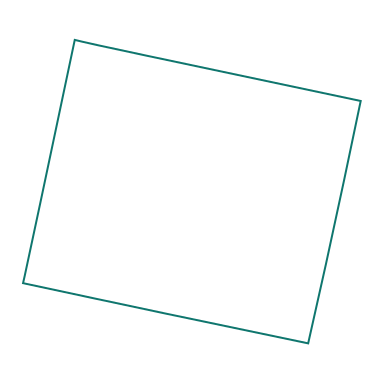 outline of Dodge, Minnesota, United States of America, rotated 102°
{"feature_id": "52423323B23737543876644", "entity_name": "Dodge", "entity_type": "district", "adm_level": 2, "iso_a3": "USA", "parent_name": "United States of America", "parent_adm1": "Minnesota", "projection": "robinson", "projection_center": [-92.863, 44.023], "detail": "fine", "context": "isolated", "style": "outline", "palette": "teal", "viewbox_px": 384, "rotation_deg": 102, "n_neighbors": 0, "source": "geoboundaries", "source_scale": "gbopen_adm2", "svg_char_len": 346}
<svg xmlns="http://www.w3.org/2000/svg" viewBox="0 0 384 384"><g transform="rotate(102 192 192)"><path d="M315.9,46.9L234.7,46.0L149.4,45.7L71.1,45.9L67.9,45.9L68.1,265.1L68.0,313.5L67.8,330.3L67.6,338.3L146.1,338.2L234.6,338.1L308.9,338.2L316.3,338.3L316.4,265.4L316.4,192.7L315.9,46.9Z" fill="none" stroke="#0f766e" stroke-width="2"/></g></svg>